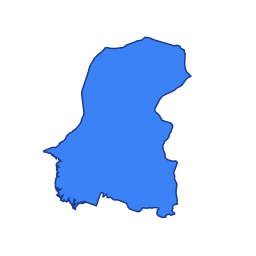 Sind, Natural Earth projection, rotated 19°
{"feature_id": "PAK-1114", "entity_name": "Sind", "entity_type": "Province", "adm_level": 1, "iso_a3": "PAK", "parent_name": "Pakistan", "parent_adm1": "", "projection": "natural_earth1", "projection_center": [68.493, 26.111], "detail": "fine", "context": "isolated", "style": "filled", "palette": "blue", "viewbox_px": 256, "rotation_deg": 19, "n_neighbors": 0, "source": "natural_earth", "source_scale": "10m", "svg_char_len": 5819}
<svg xmlns="http://www.w3.org/2000/svg" viewBox="0 0 256 256"><g transform="rotate(19 128 128)"><path d="M170.5,58.5L167.7,61.7L167.3,62.4L165.0,69.9L164.2,71.1L161.5,73.9L159.5,77.3L155.7,81.2L153.7,82.8L150.7,86.0L149.4,88.4L148.6,91.4L147.2,100.8L147.5,102.5L148.5,103.7L153.5,105.9L154.8,106.9L157.2,109.2L158.6,109.7L166.4,109.4L167.6,109.7L168.7,110.4L169.7,111.7L169.8,113.1L169.7,116.3L169.8,117.9L169.7,118.6L169.4,119.4L169.2,120.1L169.2,120.9L169.5,122.5L169.4,123.9L168.9,125.3L167.1,128.5L167.0,129.1L167.0,130.5L166.7,132.5L166.7,133.1L167.3,135.1L168.4,137.0L169.6,138.6L171.0,139.9L171.6,140.7L172.3,142.9L172.7,143.8L173.2,144.2L174.5,144.7L176.3,145.1L180.1,145.0L181.4,144.7L182.7,144.1L183.9,143.7L185.2,144.0L185.9,145.1L186.0,146.7L185.7,154.6L186.0,155.9L186.5,156.7L187.8,158.3L188.0,159.3L188.2,160.2L188.6,161.0L189.7,162.3L191.7,164.2L192.3,165.0L192.7,166.0L193.8,171.3L194.5,173.5L195.4,175.5L197.4,178.9L198.5,182.3L199.4,183.8L198.7,184.3L196.6,185.4L196.1,186.4L195.9,187.6L196.0,188.7L196.6,189.3L196.7,189.5L196.8,189.8L196.6,190.3L196.5,191.4L196.5,192.0L196.6,192.3L197.4,192.7L198.7,193.0L199.8,193.4L200.1,194.4L199.8,194.7L198.2,195.3L197.8,195.8L197.6,196.2L197.3,196.5L196.6,196.5L195.9,196.1L195.3,196.1L194.7,196.3L192.7,197.8L192.2,198.5L192.3,199.2L192.8,199.8L192.6,200.1L191.3,200.5L190.1,201.2L189.4,201.4L185.1,201.0L183.9,200.3L183.3,199.8L183.1,199.2L182.9,197.6L182.6,196.3L182.6,195.8L182.8,195.6L183.3,195.2L183.5,194.8L183.1,193.9L181.8,193.8L178.4,194.7L176.9,195.9L176.3,196.1L174.5,196.2L173.9,196.6L172.7,197.5L172.1,197.7L171.4,197.7L169.5,198.4L168.4,198.5L168.0,198.7L167.7,199.4L166.9,201.8L166.5,202.5L165.4,203.6L163.9,204.0L157.3,204.1L155.5,203.8L154.1,203.0L151.6,200.1L150.6,199.6L141.4,199.3L139.0,200.3L137.7,200.5L137.1,200.4L135.2,199.4L134.5,199.2L133.8,199.3L132.5,200.1L131.6,200.4L131.0,200.4L130.6,199.9L130.0,198.6L129.7,198.3L129.4,198.0L129.1,197.9L128.7,197.9L128.5,198.2L128.4,198.8L127.3,200.9L127.0,201.2L126.4,200.6L126.2,198.4L125.7,197.6L124.0,197.5L123.3,199.1L123.3,211.8L113.7,211.7L112.2,211.9L111.2,212.8L111.2,212.1L111.0,211.8L110.8,211.6L110.4,211.7L110.4,212.0L110.6,212.7L110.3,213.2L109.9,213.7L109.5,213.9L109.0,213.7L108.6,212.8L108.3,212.9L108.0,213.2L107.9,213.5L107.9,214.1L108.2,214.5L107.5,214.6L106.4,215.2L105.6,216.6L104.8,214.1L104.8,215.7L105.2,216.6L105.1,217.4L104.5,218.9L104.3,219.7L104.4,220.4L104.7,221.5L104.8,222.2L104.5,222.3L103.9,221.8L103.0,220.8L102.9,221.7L102.3,221.8L101.7,221.2L101.4,220.4L101.5,220.1L102.1,219.6L102.1,218.8L102.3,218.0L102.5,217.8L103.0,217.8L103.0,217.6L102.6,217.2L102.0,216.6L101.6,215.8L101.4,214.9L101.8,213.4L101.2,213.5L100.5,212.9L100.1,212.8L101.0,216.2L101.4,217.1L100.8,218.5L100.5,219.2L100.1,219.4L99.9,219.2L99.8,218.8L99.6,218.0L99.5,217.8L99.1,217.8L98.8,218.0L98.1,217.9L97.8,217.6L97.5,216.9L97.0,216.9L96.7,216.8L96.6,216.4L96.6,215.9L96.4,215.6L96.1,215.5L95.9,215.7L95.4,216.2L95.3,215.6L95.2,214.2L95.0,213.8L94.8,214.7L94.4,217.3L94.2,217.8L93.2,217.7L92.3,217.4L90.5,216.5L90.9,216.8L91.2,217.3L91.3,217.9L90.9,218.4L90.4,218.5L89.7,218.5L88.5,218.1L87.9,218.1L87.7,218.1L87.6,217.7L87.6,217.2L88.0,216.2L88.3,214.0L88.5,213.5L88.5,213.3L88.3,213.3L88.3,213.0L87.9,213.7L87.8,215.3L87.6,216.0L87.1,216.2L86.6,216.1L86.3,215.6L86.3,214.9L85.8,215.4L85.5,215.2L85.3,214.7L84.9,214.4L84.4,214.3L84.4,214.6L84.5,215.1L84.9,215.4L83.1,215.0L82.7,214.6L83.5,214.6L83.8,214.4L84.0,214.0L84.4,213.2L84.7,212.8L83.7,213.4L83.3,213.3L83.3,212.9L83.6,211.4L82.2,211.1L81.8,210.9L82.3,209.5L82.7,209.1L83.1,209.3L84.0,208.6L84.4,208.3L84.5,207.7L83.7,208.4L83.0,208.3L82.3,207.9L81.5,207.7L79.6,207.8L78.6,207.6L78.2,207.0L78.1,205.8L77.7,204.8L76.9,203.1L76.7,202.6L76.7,202.1L76.6,200.2L76.2,199.4L76.7,198.6L76.4,197.5L77.1,197.0L78.1,196.9L78.9,197.0L78.3,196.6L77.7,196.5L76.3,196.5L76.0,196.0L76.0,195.0L76.5,193.3L76.0,193.7L75.6,194.1L75.5,193.0L75.2,192.1L74.7,191.3L74.0,190.6L74.7,189.9L74.5,189.6L73.8,189.5L73.5,189.1L73.3,188.5L73.1,187.4L73.6,187.6L74.2,187.7L74.9,187.6L75.4,187.4L74.0,186.5L73.4,186.3L72.4,186.5L72.1,186.4L72.0,185.6L72.3,184.5L72.9,183.5L73.7,182.7L74.5,182.0L75.4,181.5L75.5,181.2L75.1,180.7L74.7,180.3L74.1,180.6L72.9,180.8L72.6,180.8L72.4,179.9L72.3,179.5L72.0,179.2L71.7,179.1L70.4,179.3L69.8,179.1L69.6,179.4L69.9,180.2L69.2,179.9L67.9,178.8L67.3,178.7L66.8,178.3L66.3,177.9L66.0,177.5L65.8,177.5L65.8,178.2L66.0,178.8L65.3,178.7L64.6,178.2L64.0,177.7L63.3,177.2L62.4,177.2L61.6,177.5L60.8,177.7L60.0,177.2L59.7,177.4L58.0,177.6L57.1,177.9L56.8,178.0L55.9,177.7L56.0,176.9L56.7,176.1L57.6,175.6L62.7,171.0L63.3,170.7L64.8,170.5L65.2,170.3L66.1,169.7L66.9,168.8L67.9,167.2L68.1,166.5L68.1,165.3L68.3,164.7L69.7,162.7L71.3,161.3L71.7,160.6L72.7,157.8L72.7,157.4L72.5,156.0L72.6,155.6L72.8,155.1L74.4,151.9L74.7,151.5L75.6,151.0L75.9,150.7L76.1,150.4L76.8,148.7L79.0,145.9L79.4,145.1L81.1,140.3L81.4,139.0L81.6,137.8L81.4,134.0L81.9,130.5L81.8,129.4L81.5,128.0L73.3,111.3L73.0,110.5L72.6,108.8L72.4,106.9L72.2,87.3L71.8,83.5L71.9,82.1L72.1,80.3L73.3,74.6L73.5,73.3L73.8,72.6L74.2,71.6L76.3,67.5L78.6,64.3L80.1,60.4L80.5,59.6L81.8,58.9L85.4,58.4L89.6,57.2L97.4,53.4L98.9,51.1L99.8,49.9L106.9,44.0L107.5,43.3L109.0,42.2L111.7,40.9L112.2,40.6L112.4,40.4L114.0,37.6L114.6,36.8L115.1,36.6L116.0,36.3L119.3,35.8L124.9,36.2L140.2,35.4L144.5,35.3L147.9,33.7L148.3,33.7L149.2,33.7L150.0,33.8L151.1,34.2L151.3,34.5L151.4,35.2L151.7,35.4L154.8,35.8L155.7,36.1L156.4,37.8L156.9,38.3L157.4,38.6L157.8,38.9L158.1,39.3L158.2,39.9L158.2,41.2L158.3,41.5L158.9,42.5L159.1,43.5L161.1,50.0L161.6,51.1L163.6,54.2L164.7,55.4L166.8,56.7L170.5,58.5ZM79.3,208.0L79.8,208.5L80.6,208.5L82.0,208.0L82.9,208.5L82.2,208.8L81.9,209.9L81.0,210.1L80.4,209.9L79.9,209.3L79.5,208.6L79.3,208.0Z" fill="#3b82f6" stroke="#1e3a8a" stroke-width="1.5"/></g></svg>